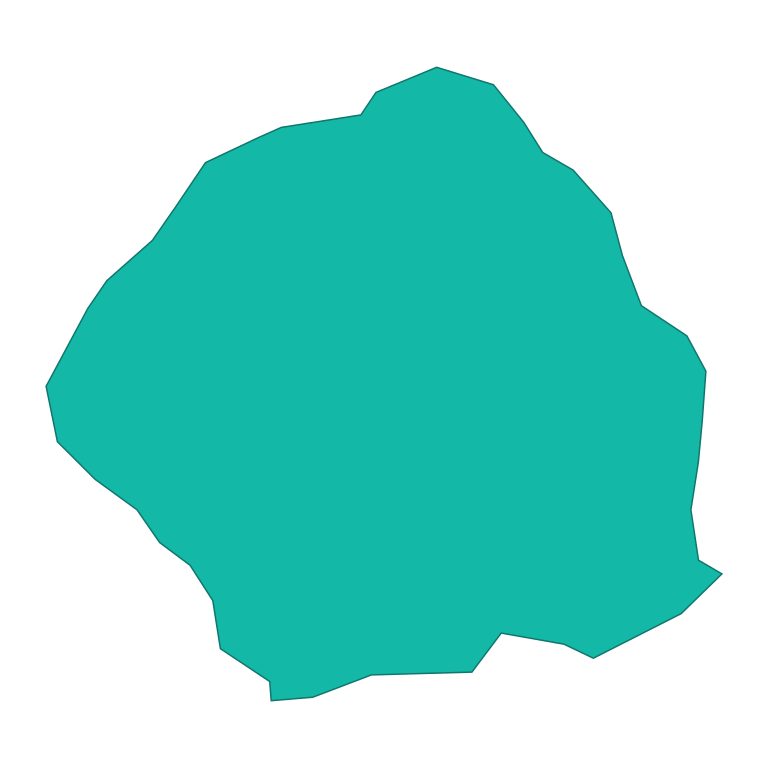 Strömstad, Västra Götaland, Sweden
{"feature_id": "70781695B73142432831902", "entity_name": "Strömstad", "entity_type": "district", "adm_level": 2, "iso_a3": "SWE", "parent_name": "Sweden", "parent_adm1": "Västra Götaland", "projection": "natural_earth1", "projection_center": [11.302, 58.97], "detail": "fine", "context": "isolated", "style": "filled", "palette": "teal", "viewbox_px": 768, "rotation_deg": 0, "n_neighbors": 0, "source": "geoboundaries", "source_scale": "gbopen_adm2", "svg_char_len": 629}
<svg xmlns="http://www.w3.org/2000/svg" viewBox="0 0 768 768"><path d="M721.9,573.9L698.5,560.2L690.9,509.8L698.4,461.8L702.2,421.5L705.9,371.2L686.9,335.9L641.4,305.7L622.4,255.5L611.0,212.8L573.1,170.1L542.7,152.5L523.8,122.4L493.5,84.8L436.6,67.3L376.0,92.4L360.9,114.9L281.3,127.4L258.6,137.5L205.5,162.6L175.1,207.7L152.4,240.4L106.9,280.6L87.9,308.3L46.1,386.3L57.4,441.7L95.3,479.5L137.0,509.8L159.7,542.6L190.1,565.3L212.8,600.6L220.4,648.7L269.7,681.5L271.2,700.7L312.8,697.2L371.4,674.9L471.9,672.1L501.2,633.1L564.0,644.2L593.3,658.2L681.2,613.6L721.9,573.9Z" fill="#14b8a6" stroke="#0f766e" stroke-width="1.5"/></svg>